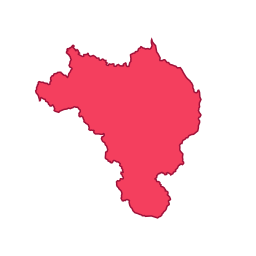 the district of Huanta, Ayacucho, Peru, rotated 344°
{"feature_id": "86281439B1534497598484", "entity_name": "Huanta", "entity_type": "district", "adm_level": 2, "iso_a3": "PER", "parent_name": "Peru", "parent_adm1": "Ayacucho", "projection": "albers", "projection_center": [-74.213, -12.61], "detail": "fine", "context": "isolated", "style": "filled", "palette": "rose", "viewbox_px": 256, "rotation_deg": 344, "n_neighbors": 0, "source": "geoboundaries", "source_scale": "gbopen_adm2", "svg_char_len": 5776}
<svg xmlns="http://www.w3.org/2000/svg" viewBox="0 0 256 256"><g transform="rotate(344 128 128)"><path d="M104.2,187.5L104.1,189.5L103.1,191.2L102.8,192.8L102.0,193.5L102.5,196.3L103.3,196.8L104.0,196.4L104.4,196.4L105.2,197.0L106.5,196.4L107.4,196.5L109.0,197.7L109.3,198.3L108.6,199.7L108.4,202.7L108.8,204.8L109.7,206.4L110.0,208.9L111.3,211.3L114.4,213.3L115.0,214.0L117.0,215.2L117.3,215.5L117.5,216.2L118.4,216.6L119.5,216.6L120.4,217.7L126.3,219.0L131.7,222.6L133.8,221.8L134.9,221.9L136.6,220.9L137.2,219.8L138.4,219.3L139.4,218.3L140.5,217.9L141.7,217.1L142.6,216.2L143.0,215.3L144.3,213.7L146.4,213.0L146.7,212.4L146.7,209.3L147.2,208.9L148.4,208.8L149.1,208.4L149.2,207.8L148.9,205.4L148.3,204.7L148.2,204.0L147.5,203.4L147.6,202.7L148.3,202.2L148.7,200.7L148.3,199.9L147.2,198.9L146.6,198.7L147.0,197.6L146.5,196.7L146.4,195.8L145.2,194.1L143.7,193.3L143.5,192.7L144.1,191.7L143.2,190.7L143.2,190.2L143.6,189.5L143.4,188.9L142.7,188.0L141.1,187.5L140.8,186.7L140.8,185.4L139.9,184.4L140.0,184.2L141.8,183.6L142.3,182.6L142.5,181.6L143.5,181.2L144.3,180.5L145.4,180.2L145.9,180.6L146.7,180.1L147.5,180.2L148.4,180.0L149.0,180.9L149.7,181.1L150.7,183.1L151.1,183.0L151.6,183.3L152.6,183.0L152.6,182.0L153.2,182.1L154.0,181.8L155.9,183.8L156.2,184.9L156.8,184.6L158.5,184.3L159.5,183.1L161.7,182.8L162.1,182.4L161.9,181.8L162.1,181.3L164.4,180.2L165.8,178.5L166.3,178.0L167.5,177.9L167.9,177.3L169.2,177.3L170.2,178.2L171.2,177.7L171.8,177.2L172.0,176.1L171.3,175.0L172.0,173.3L172.3,171.0L173.6,168.1L172.0,164.8L171.7,163.3L172.6,160.6L172.8,158.8L173.7,158.0L174.9,157.5L175.6,157.7L176.7,155.7L177.4,155.0L180.0,154.4L181.3,153.4L182.7,153.8L184.5,152.1L187.4,151.8L189.1,152.1L189.9,151.9L194.2,150.0L195.7,147.3L196.3,145.2L198.3,142.6L198.8,140.9L198.2,139.4L198.3,138.4L199.0,137.4L200.4,137.1L201.7,135.6L201.4,134.4L200.8,133.0L200.5,130.6L201.1,129.8L201.6,128.4L202.7,127.4L202.9,125.4L203.6,123.5L206.0,120.7L205.6,118.0L206.6,113.4L206.4,111.2L205.7,111.2L204.5,112.7L203.6,113.0L202.4,112.5L201.5,111.5L201.4,110.5L201.8,109.5L201.4,107.3L202.0,105.1L201.5,102.2L200.9,101.2L200.6,99.9L198.6,96.8L197.7,94.7L196.3,89.6L196.0,87.6L194.9,84.4L192.0,83.8L190.9,81.7L190.0,81.3L187.9,79.6L186.1,78.6L185.4,77.6L185.2,76.6L184.9,76.2L183.4,75.7L182.4,72.9L182.0,72.5L180.8,72.3L179.5,72.7L177.3,71.9L177.3,71.3L178.2,69.5L177.3,64.9L176.5,62.9L177.2,56.4L175.9,53.8L175.1,51.5L175.3,50.2L175.2,49.4L174.6,50.3L173.9,52.7L173.9,54.9L173.7,55.6L172.3,57.4L171.1,58.1L170.2,58.1L169.1,57.1L166.5,56.8L165.7,55.9L164.4,55.2L163.2,53.6L162.8,53.4L161.7,54.5L160.7,54.5L159.6,55.1L159.1,56.3L158.7,56.6L157.6,57.0L156.7,56.7L156.2,56.7L155.1,57.8L153.7,57.6L150.7,58.2L150.5,58.4L149.9,62.5L149.4,63.4L149.3,64.5L147.6,65.8L146.1,68.5L145.7,68.9L144.9,68.9L144.0,68.5L143.7,67.8L143.6,66.4L143.9,65.3L143.6,64.8L141.4,65.3L140.8,66.0L140.8,66.8L140.2,66.9L137.5,66.1L136.3,64.3L134.3,64.6L133.5,65.4L132.4,65.1L131.7,64.6L132.0,62.6L131.3,62.2L129.2,62.2L127.7,61.3L127.3,61.4L126.4,62.4L125.3,62.0L124.6,61.1L124.8,60.6L125.9,59.8L124.8,58.8L125.4,57.0L123.9,56.6L123.3,55.3L122.4,54.7L120.6,55.3L119.7,55.1L119.2,54.6L119.2,52.7L117.2,52.3L116.1,50.3L114.6,48.7L111.6,48.9L110.0,46.7L110.3,45.6L110.0,45.2L108.8,45.8L108.2,45.9L105.8,45.3L105.5,45.7L105.1,46.9L103.7,46.6L100.6,43.4L100.8,43.0L102.0,42.6L101.4,41.6L101.5,40.7L101.2,39.4L100.6,38.6L99.5,39.3L98.9,39.1L98.9,38.1L97.4,35.3L98.6,34.6L98.7,34.1L98.1,33.4L97.6,33.4L95.1,35.0L94.3,34.9L93.8,35.5L91.7,35.1L91.1,35.6L91.5,36.5L91.3,37.2L90.6,37.0L90.0,37.7L89.6,38.7L90.0,39.0L90.0,39.6L90.5,40.0L90.9,40.9L91.5,41.4L91.4,42.1L92.1,43.4L92.0,45.4L92.3,46.5L90.4,48.6L90.3,49.2L89.8,50.2L88.6,51.5L88.9,53.3L90.4,54.8L90.5,55.6L90.1,56.1L89.2,56.5L88.0,58.0L86.0,59.6L85.2,61.2L83.9,62.7L83.2,61.9L82.6,60.2L81.2,59.8L80.6,59.3L80.6,58.8L79.9,58.4L79.7,57.4L79.0,56.9L78.9,56.0L78.0,55.6L75.6,55.2L74.5,55.9L72.7,55.6L71.7,55.7L70.6,57.1L69.5,56.9L67.5,58.4L66.9,60.4L67.2,60.6L67.2,61.4L65.8,62.3L64.9,64.4L63.5,64.3L62.4,62.6L61.4,62.6L61.0,62.1L60.0,61.8L59.0,60.6L57.4,60.3L55.5,59.0L54.8,59.1L54.2,59.7L53.8,61.2L52.7,61.8L52.5,62.7L51.3,63.8L50.7,65.9L49.5,66.8L49.4,68.8L50.6,71.6L50.7,72.6L50.7,76.7L50.5,77.4L50.9,77.5L51.4,77.1L52.3,75.0L52.9,74.8L55.3,77.2L56.1,77.5L56.3,77.8L56.3,79.7L57.5,80.5L58.2,81.6L58.2,83.2L59.0,84.4L59.1,85.3L60.2,85.7L61.7,85.0L62.1,85.2L62.4,86.6L62.7,87.1L62.7,88.6L62.9,89.3L61.8,90.8L62.6,91.8L65.7,93.8L66.1,93.7L66.8,93.1L69.8,92.7L71.6,92.5L74.6,92.9L76.1,92.5L78.1,93.5L79.4,93.1L80.5,93.3L81.3,92.9L82.6,92.8L83.7,93.7L85.4,94.2L86.1,96.3L87.0,97.6L86.6,99.2L84.9,100.4L84.7,101.5L84.2,102.8L84.8,103.9L85.3,104.0L86.4,103.7L87.6,105.1L87.6,106.9L87.9,108.3L87.4,109.8L87.9,110.6L88.5,111.0L88.7,111.8L90.2,113.4L90.7,114.1L90.8,117.1L90.0,118.4L90.1,118.8L91.0,119.8L92.1,119.8L93.2,120.5L94.4,120.8L94.6,121.2L94.0,122.3L94.0,123.2L95.0,124.7L98.4,125.7L100.2,126.6L101.9,127.1L102.8,126.6L103.2,126.8L103.3,127.8L103.1,128.5L101.9,129.4L100.7,129.3L100.2,129.7L100.2,130.3L99.5,130.9L99.5,131.4L99.9,133.7L100.6,134.7L101.6,135.6L101.6,137.9L102.3,139.0L102.5,139.7L102.6,143.1L101.4,144.9L100.3,144.9L99.8,145.3L99.3,146.9L98.1,150.0L98.0,151.1L99.8,153.1L99.9,154.4L101.7,155.3L101.8,155.8L101.5,156.2L102.4,156.9L103.2,157.0L104.0,156.4L104.7,155.5L105.5,155.3L106.6,155.9L107.7,157.3L109.0,157.8L109.5,158.3L110.7,160.2L109.7,161.7L110.3,162.7L111.2,163.4L111.2,163.9L110.8,164.7L111.4,166.3L111.1,167.3L111.2,169.1L110.7,169.4L109.2,168.6L108.6,170.0L109.4,171.5L109.4,172.8L109.9,174.1L109.4,175.3L108.9,175.5L106.8,174.7L106.4,175.1L106.0,176.0L105.5,176.3L104.3,176.3L103.4,175.8L102.1,176.6L101.8,178.4L101.4,179.6L101.5,181.2L102.5,182.9L102.5,183.8L103.9,186.2L104.2,187.5Z" fill="#f43f5e" stroke="#9f1239" stroke-width="1.5"/></g></svg>